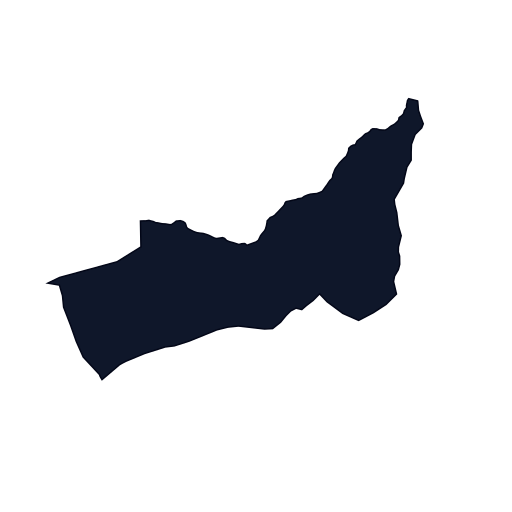 Ag Geneina, Western Darfur, Sudan, rotated 70°
{"feature_id": "16777658B14333470072302", "entity_name": "Ag Geneina", "entity_type": "district", "adm_level": 2, "iso_a3": "SDN", "parent_name": "Sudan", "parent_adm1": "Western Darfur", "projection": "equal_earth", "projection_center": [22.252, 13.37], "detail": "fine", "context": "isolated", "style": "filled", "palette": "ink", "viewbox_px": 512, "rotation_deg": 70, "n_neighbors": 0, "source": "geoboundaries", "source_scale": "gbopen_adm2", "svg_char_len": 3072}
<svg xmlns="http://www.w3.org/2000/svg" viewBox="0 0 512 512"><g transform="rotate(70 256 256)"><path d="M339.8,137.0L327.1,135.5L322.3,132.7L317.6,127.0L313.0,123.8L305.2,121.1L300.9,120.9L296.3,119.1L286.6,112.6L276.0,111.9L263.4,108.9L255.0,108.0L250.0,106.8L238.0,92.5L234.0,90.3L224.1,83.8L219.0,77.4L211.3,74.6L204.2,71.7L196.2,64.9L192.3,56.5L189.0,53.6L181.0,53.7L174.7,53.5L166.3,51.2L165.5,51.1L164.8,52.2L164.3,52.9L160.4,58.7L161.1,59.7L161.9,60.6L162.6,61.0L162.8,61.1L163.0,61.2L163.7,61.6L163.9,61.8L164.7,62.3L166.1,63.1L166.6,63.3L167.8,63.5L168.0,63.7L169.2,65.5L170.4,67.1L170.6,67.2L171.0,67.4L171.2,67.6L172.8,68.7L174.0,71.0L174.7,73.6L175.0,74.3L175.4,74.5L177.0,75.5L177.3,75.7L178.5,78.2L179.5,80.7L179.8,82.6L180.0,84.4L180.5,86.1L181.4,88.4L181.9,91.4L181.0,93.7L179.7,96.7L177.9,99.0L176.4,102.7L176.6,104.5L177.9,106.4L178.6,108.9L178.6,111.0L179.0,112.4L179.8,114.0L180.7,116.1L181.5,118.8L182.6,121.8L184.1,123.2L185.5,124.8L185.0,126.7L185.3,129.4L186.5,132.0L188.5,132.9L190.5,134.5L193.2,137.1L194.2,139.8L197.0,145.6L198.9,148.4L200.9,151.4L202.5,153.0L204.7,154.8L205.8,155.9L205.9,156.0L208.1,157.1L209.2,158.1L209.9,159.7L210.3,160.7L210.8,161.4L211.7,162.7L213.4,164.9L214.4,166.5L217.9,171.6L218.1,174.5L218.1,177.5L217.4,180.0L216.5,183.7L216.3,186.7L216.5,190.3L217.3,193.0L217.0,194.8L216.5,196.9L216.7,199.2L216.0,203.3L216.0,204.0L215.2,209.1L216.0,210.5L217.4,211.6L218.7,213.5L220.6,217.4L221.8,219.7L223.2,222.7L224.1,224.4L224.6,226.6L224.7,229.5L225.3,230.6L225.9,231.7L226.0,232.0L226.2,232.3L226.8,233.5L228.3,234.2L229.6,235.0L230.7,235.6L231.6,236.2L232.0,236.5L232.4,236.8L233.8,237.8L235.2,239.3L236.5,241.6L237.3,243.0L238.5,244.8L240.0,246.3L240.4,246.7L242.1,248.5L242.6,250.4L242.8,250.9L242.8,253.1L242.8,255.5L242.8,257.5L242.8,259.6L242.8,261.0L241.2,261.7L240.4,262.4L239.9,264.0L239.6,265.2L239.5,265.6L239.5,266.4L239.3,268.2L235.7,272.8L233.5,276.0L231.4,278.3L228.7,279.5L227.3,281.1L226.1,287.1L225.1,288.7L223.2,290.6L222.2,291.5L220.1,293.6L218.4,295.7L216.7,298.0L215.3,300.9L213.9,303.5L211.8,306.1L209.6,308.2L206.9,310.7L205.3,311.4L203.8,311.3L202.1,311.2L200.5,311.4L198.6,312.8L198.1,313.5L197.6,314.1L196.9,315.1L196.5,316.8L195.9,319.0L196.8,321.6L197.6,324.8L196.9,326.6L195.0,329.9L193.9,332.5L193.6,333.1L192.8,334.5L191.3,336.9L191.1,337.3L190.4,338.9L189.5,339.7L188.5,340.7L187.9,341.6L187.1,342.8L186.8,343.3L185.9,344.4L185.5,346.5L185.4,347.2L184.8,349.0L184.2,350.7L183.6,352.6L208.1,361.0L213.9,388.5L209.0,447.8L210.3,460.9L216.1,450.7L227.1,451.4L238.3,454.3L258.0,453.9L274.9,454.1L291.9,452.9L313.9,443.6L314.1,443.6L315.1,443.7L316.9,443.5L319.5,443.0L311.5,421.5L310.9,418.1L310.4,414.1L309.5,394.1L310.4,372.5L312.5,363.5L313.1,347.8L312.0,318.2L313.2,306.8L315.7,296.8L316.2,295.6L327.5,273.0L329.9,265.2L326.6,255.5L322.2,248.1L319.5,242.3L318.7,236.2L322.0,231.3L319.8,225.6L317.3,217.6L313.3,209.2L323.4,204.8L327.9,201.8L331.4,199.5L339.6,194.1L351.6,181.6L351.3,179.2L349.4,165.1L346.0,150.4L339.8,137.0Z" fill="#0f172a" stroke="#020617" stroke-width="1.5"/></g></svg>